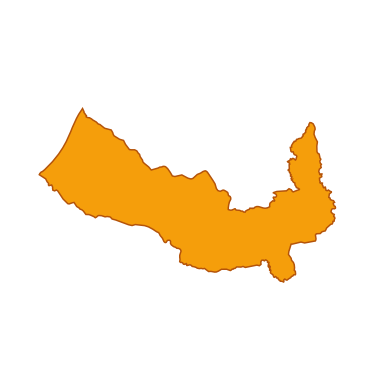 Fatuberliu, Manufahi, East Timor, rotated 160°
{"feature_id": "22284137B51170089916625", "entity_name": "Fatuberliu", "entity_type": "district", "adm_level": 2, "iso_a3": "TLS", "parent_name": "East Timor", "parent_adm1": "Manufahi", "projection": "robinson", "projection_center": [125.892, -8.981], "detail": "fine", "context": "isolated", "style": "filled", "palette": "amber", "viewbox_px": 384, "rotation_deg": 160, "n_neighbors": 0, "source": "geoboundaries", "source_scale": "gbopen_adm2", "svg_char_len": 5935}
<svg xmlns="http://www.w3.org/2000/svg" viewBox="0 0 384 384"><g transform="rotate(160 192 192)"><path d="M266.3,307.9L271.8,303.8L275.3,300.7L282.3,293.6L285.5,290.0L292.9,282.4L298.2,277.8L304.3,273.3L312.7,268.2L322.7,263.4L325.5,262.4L327.0,262.3L328.7,261.4L329.6,260.5L325.0,254.4L324.6,251.0L324.1,250.0L323.9,248.7L324.5,247.8L324.2,246.9L321.5,246.6L321.3,244.3L321.8,243.0L322.1,241.2L320.6,240.0L318.8,240.3L317.8,239.0L315.5,229.4L312.7,223.5L311.5,222.8L308.2,222.8L306.4,222.5L305.3,217.8L303.5,215.5L303.1,214.2L301.7,213.1L300.6,211.3L299.4,207.2L296.5,206.0L295.3,205.0L292.6,202.4L291.7,200.9L290.3,201.1L288.7,201.8L287.6,201.8L285.1,200.7L282.2,198.4L280.1,198.0L277.8,196.8L277.1,196.0L276.5,194.2L275.6,193.4L273.4,191.9L262.9,183.0L259.8,181.0L256.4,180.8L248.0,176.6L244.8,174.1L241.6,170.5L238.8,166.7L237.5,165.5L237.0,164.4L236.8,162.0L235.6,158.7L235.3,155.0L234.8,154.0L234.4,153.6L233.5,153.5L231.7,154.9L230.1,154.6L229.2,153.9L229.1,152.8L229.8,151.0L229.5,149.4L228.0,147.0L226.3,145.6L225.5,144.3L223.9,143.6L222.8,142.4L222.5,141.6L222.5,140.2L225.1,136.8L225.8,135.0L226.3,132.8L227.4,130.7L226.7,129.6L226.0,129.5L225.1,128.7L224.7,127.1L224.1,127.0L223.4,126.4L221.9,126.7L221.7,126.0L222.0,124.9L221.8,124.6L218.8,124.3L217.8,123.3L217.3,122.0L215.7,121.1L214.0,119.8L213.2,118.7L211.3,117.5L209.5,117.1L208.0,116.1L206.4,115.9L203.6,111.6L201.3,110.9L198.1,109.0L196.4,108.5L194.3,108.6L190.7,109.3L185.9,107.6L182.9,105.1L181.9,105.2L180.6,105.8L179.8,105.4L179.0,105.8L177.7,105.5L175.6,106.3L171.6,104.7L169.5,104.6L167.7,102.9L156.0,101.1L153.9,99.7L151.9,100.4L151.2,102.9L149.8,104.0L148.4,103.7L148.0,103.0L147.3,102.5L146.4,103.1L145.9,103.0L144.7,101.4L144.6,101.0L145.1,100.2L145.0,99.9L144.2,99.8L143.8,99.5L144.5,98.5L144.7,96.9L145.3,97.3L145.5,96.9L144.9,96.5L144.8,96.1L145.8,96.0L145.8,95.6L145.3,94.6L144.2,95.6L144.0,95.2L144.3,94.5L145.3,93.4L144.8,92.3L145.0,92.0L145.7,92.2L145.8,91.9L144.9,91.2L145.8,89.6L145.8,88.9L144.3,86.6L144.2,84.1L143.8,83.7L142.5,84.0L142.1,83.7L141.9,82.4L141.6,82.0L140.8,81.9L140.6,79.9L139.5,78.7L139.6,78.0L138.0,77.3L136.7,76.1L136.1,76.8L135.8,78.0L134.8,78.5L134.4,78.3L133.7,77.2L132.9,76.7L130.6,77.4L128.4,77.8L127.5,78.6L126.0,78.6L124.8,79.4L123.2,78.9L122.7,79.5L122.0,82.2L122.7,83.3L121.5,85.9L120.8,88.7L120.8,89.7L120.8,91.1L121.8,93.8L121.5,95.9L121.7,96.7L122.7,100.3L121.4,102.9L116.7,109.1L115.4,108.7L106.7,107.7L103.6,105.6L92.8,103.8L92.1,104.5L91.5,105.6L90.7,109.4L89.4,110.2L85.7,109.1L83.3,110.2L80.0,109.9L77.7,112.2L72.6,114.2L71.2,114.0L70.0,115.2L69.7,116.2L68.4,116.0L67.6,117.6L66.7,118.4L66.6,119.7L67.2,120.3L67.1,120.9L66.0,122.1L66.3,122.7L67.2,123.3L68.2,125.8L67.2,127.3L66.3,128.1L65.3,128.1L63.8,127.5L62.8,127.7L62.5,128.3L62.4,129.5L63.2,130.4L63.3,132.7L62.9,133.4L61.6,133.5L62.0,135.5L62.9,136.0L64.5,137.5L64.4,139.2L65.3,140.1L63.6,143.2L61.2,144.0L61.0,144.6L62.1,145.6L63.1,147.2L64.5,147.0L65.5,147.8L65.0,151.0L65.3,151.2L66.3,150.8L66.8,150.9L67.0,151.4L66.9,153.7L67.2,154.3L67.2,154.7L66.4,155.7L66.8,156.1L68.4,156.4L68.6,157.2L68.0,158.0L68.2,158.9L67.5,161.4L64.8,162.0L64.5,163.7L63.7,164.4L64.5,164.9L65.7,164.4L66.0,164.8L65.8,165.7L65.9,167.2L65.8,168.1L64.5,169.9L62.2,170.8L62.1,172.7L60.9,173.8L61.6,175.0L61.4,177.1L61.2,177.5L59.8,178.6L59.7,178.9L60.1,180.1L59.5,184.2L60.4,185.1L60.8,187.1L59.0,192.5L57.0,196.2L57.6,201.0L57.6,204.6L56.2,207.4L54.8,208.9L54.4,210.9L54.8,214.5L56.0,216.1L57.4,216.9L57.9,216.6L59.0,215.6L59.7,214.0L60.6,213.9L62.2,213.1L62.9,211.8L63.5,211.8L63.8,211.1L64.4,210.6L64.6,209.4L65.6,209.0L66.3,208.3L67.6,208.4L68.1,207.9L68.3,206.7L69.2,206.6L69.9,205.7L71.0,205.3L73.7,205.7L74.9,205.4L75.7,205.7L77.2,204.3L78.6,204.7L78.9,204.5L78.9,204.1L79.8,203.9L82.6,201.6L83.0,200.1L84.4,200.3L85.1,196.4L84.8,195.7L83.1,195.0L83.3,193.4L83.1,192.2L81.5,190.8L81.3,190.2L81.3,189.7L83.3,186.9L84.0,186.7L84.5,187.9L85.6,189.1L86.4,189.1L87.3,188.5L87.9,189.5L88.3,189.4L88.8,188.5L89.5,188.4L90.2,187.8L90.7,188.2L91.8,187.9L91.6,187.2L90.4,185.7L90.7,185.4L90.7,184.6L91.4,184.4L92.7,180.2L93.8,180.1L94.2,179.3L93.4,178.6L93.7,177.2L93.2,176.6L93.5,175.5L93.0,174.2L93.7,173.9L94.0,173.3L93.0,172.0L94.3,170.7L94.2,170.2L93.5,169.8L94.2,169.6L94.4,169.3L93.9,168.7L93.3,166.3L92.3,165.4L92.8,163.3L92.4,161.7L92.4,160.5L90.6,158.8L90.1,157.9L90.3,157.6L96.9,157.5L97.5,158.2L97.9,160.1L99.7,161.9L102.8,160.8L112.1,163.5L115.4,163.6L115.8,163.4L113.7,161.0L113.7,159.9L114.2,159.0L115.2,158.5L117.1,159.3L117.5,159.1L117.6,158.2L117.2,155.8L117.5,155.4L117.8,155.3L119.1,156.1L122.0,155.1L122.6,154.7L123.4,153.4L124.0,151.6L126.5,151.3L128.8,151.7L130.5,152.6L134.4,155.5L136.2,156.2L138.1,156.2L139.6,155.5L140.3,156.0L141.1,155.9L141.2,156.2L143.2,157.0L143.9,156.2L146.3,156.1L148.2,155.7L149.0,154.9L149.7,155.2L150.5,155.7L151.0,156.7L152.6,157.4L153.4,158.4L156.7,159.9L157.2,161.5L157.5,161.6L160.7,161.4L162.2,161.8L163.9,163.1L163.4,164.6L161.8,167.6L160.2,169.9L158.1,171.9L157.6,173.2L157.7,174.7L158.7,175.9L158.9,176.6L158.6,178.7L158.7,179.5L160.1,181.4L161.5,182.9L162.5,183.2L165.3,183.0L167.2,184.5L167.9,186.9L167.6,191.8L168.4,195.8L170.5,204.4L170.9,205.7L171.7,206.9L172.4,207.4L174.5,207.5L177.6,206.8L181.0,206.7L186.4,204.5L187.9,204.5L189.0,204.9L191.1,206.4L195.7,211.5L202.8,212.4L205.0,213.8L205.7,217.8L206.9,222.3L208.1,224.6L208.8,225.3L210.4,226.0L211.8,225.9L213.9,226.4L215.4,226.1L222.7,226.6L222.9,226.8L224.1,230.3L227.1,235.3L227.8,237.0L227.9,237.5L227.6,238.8L228.6,242.9L228.4,245.3L229.2,246.8L229.8,249.5L231.5,251.3L234.8,252.5L236.3,253.3L238.2,259.5L238.7,263.9L242.0,266.3L246.0,271.4L246.3,273.0L246.2,275.0L246.7,277.9L252.3,281.8L255.5,287.0L256.8,287.9L258.0,290.5L260.8,293.9L261.3,294.9L262.9,296.8L264.4,297.5L265.7,298.7L265.6,299.3L265.1,299.7L265.1,300.1L265.6,300.7L265.8,302.2L266.2,303.3L266.3,303.8L266.0,304.3L266.3,307.9Z" fill="#f59e0b" stroke="#b45309" stroke-width="1.5"/></g></svg>